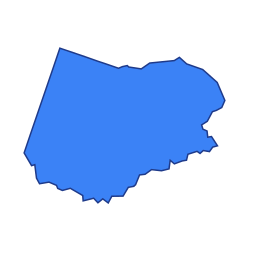 the district of Livingston, Louisiana, United States of America, rotated 289°
{"feature_id": "52423323B76509893462522", "entity_name": "Livingston", "entity_type": "district", "adm_level": 2, "iso_a3": "USA", "parent_name": "United States of America", "parent_adm1": "Louisiana", "projection": "robinson", "projection_center": [-90.749, 30.413], "detail": "fine", "context": "isolated", "style": "filled", "palette": "blue", "viewbox_px": 256, "rotation_deg": 289, "n_neighbors": 0, "source": "geoboundaries", "source_scale": "gbopen_adm2", "svg_char_len": 929}
<svg xmlns="http://www.w3.org/2000/svg" viewBox="0 0 256 256"><g transform="rotate(289 128 128)"><path d="M181.3,37.6L159.6,37.7L89.3,37.8L70.6,37.9L61.0,49.1L63.0,51.8L50.8,57.8L46.5,62.5L51.1,70.9L50.5,79.1L48.0,81.2L47.6,86.3L52.2,93.1L49.4,107.2L44.5,109.3L50.4,118.4L47.5,123.9L52.8,127.2L50.7,133.7L58.2,134.9L62.0,145.5L72.0,147.6L74.8,152.6L75.4,152.6L76.7,153.6L87.4,154.2L89.8,159.2L96.3,163.8L98.5,173.6L102.7,180.1L111.2,178.4L109.2,183.5L114.5,190.0L116.6,193.8L122.7,193.2L128.4,200.9L127.4,204.4L131.2,206.5L132.2,212.7L137.5,214.3L140.3,218.4L147.1,209.7L145.3,206.4L150.9,203.7L151.3,199.2L154.9,196.6L160.2,200.8L170.9,202.5L173.4,205.8L177.9,210.0L185.6,210.6L200.1,197.5L207.6,179.6L207.7,162.6L211.5,153.6L206.8,149.8L196.5,127.4L188.2,121.3L185.9,108.8L186.8,107.0L184.2,102.7L181.4,99.6L181.4,84.8L181.3,77.9L181.4,65.4L181.3,40.2L181.3,37.6Z" fill="#3b82f6" stroke="#1e3a8a" stroke-width="1.5"/></g></svg>